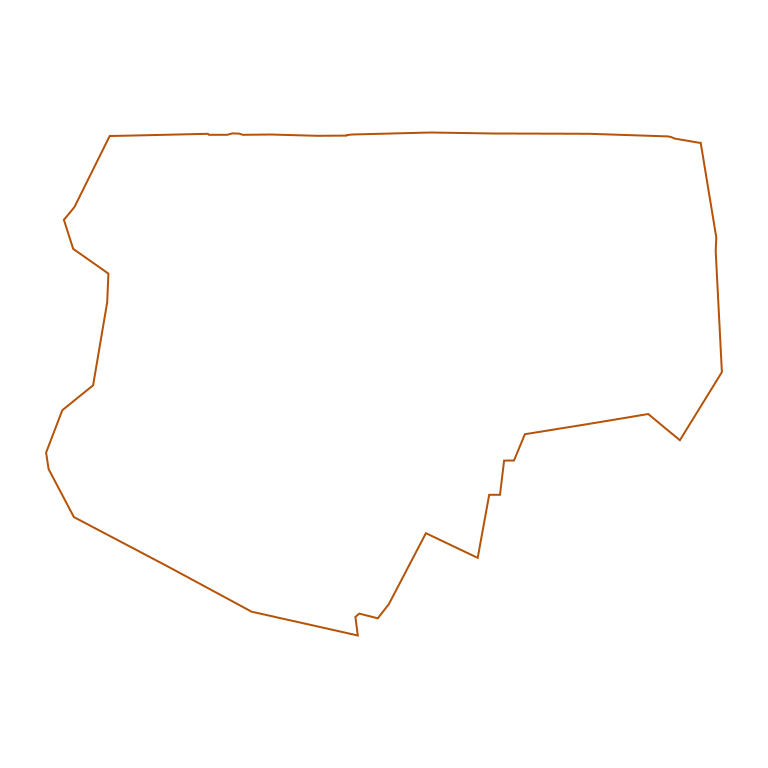 the district of Franklin, Vermont, United States of America
{"feature_id": "52423323B67393823438357", "entity_name": "Franklin", "entity_type": "district", "adm_level": 2, "iso_a3": "USA", "parent_name": "United States of America", "parent_adm1": "Vermont", "projection": "albers", "projection_center": [-72.901, 44.825], "detail": "fine", "context": "isolated", "style": "outline", "palette": "amber", "viewbox_px": 768, "rotation_deg": 0, "n_neighbors": 0, "source": "geoboundaries", "source_scale": "gbopen_adm2", "svg_char_len": 779}
<svg xmlns="http://www.w3.org/2000/svg" viewBox="0 0 768 768"><path d="M700.7,142.8L699.3,142.8L674.8,138.6L670.7,136.9L667.8,136.4L589.1,133.8L563.3,133.7L494.0,133.5L430.7,132.5L352.0,134.5L346.6,135.1L346.5,135.6L317.2,135.8L273.9,134.6L273.2,134.5L242.8,134.8L239.0,133.6L232.3,133.4L227.3,134.8L208.9,134.8L207.9,133.8L129.9,135.6L109.7,136.0L74.4,207.1L63.9,219.8L73.2,248.9L108.4,273.6L107.2,302.2L93.1,385.3L62.3,410.2L46.1,452.6L48.6,469.1L73.9,517.1L167.6,566.4L251.6,611.7L357.8,635.5L355.4,616.9L359.2,613.6L377.8,618.3L388.8,604.2L425.9,533.2L477.7,557.9L489.2,494.8L500.0,494.8L504.1,460.6L514.0,460.5L524.9,434.2L588.9,423.9L648.2,414.0L665.5,428.4L679.9,440.2L721.9,372.1L715.7,251.2L716.3,237.5L700.7,142.8Z" fill="none" stroke="#b45309" stroke-width="2"/></svg>